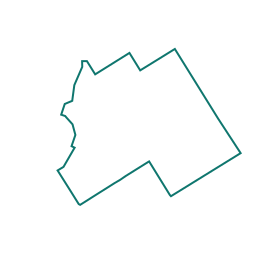 outline of Carver, Minnesota, United States of America, rotated 148°
{"feature_id": "52423323B20020016400421", "entity_name": "Carver", "entity_type": "district", "adm_level": 2, "iso_a3": "USA", "parent_name": "United States of America", "parent_adm1": "Minnesota", "projection": "mercator", "projection_center": [-93.703, 44.807], "detail": "fine", "context": "isolated", "style": "outline", "palette": "teal", "viewbox_px": 256, "rotation_deg": 148, "n_neighbors": 0, "source": "geoboundaries", "source_scale": "gbopen_adm2", "svg_char_len": 545}
<svg xmlns="http://www.w3.org/2000/svg" viewBox="0 0 256 256"><g transform="rotate(148 128 128)"><path d="M46.4,170.2L87.1,170.4L87.0,190.9L127.4,190.9L127.4,206.5L131.5,209.0L134.4,204.1L150.8,192.8L160.9,180.6L168.9,181.9L177.6,174.7L174.9,171.4L174.7,169.7L173.1,160.5L176.3,150.0L185.5,142.5L183.7,139.6L203.3,129.2L210.2,129.3L210.1,103.7L210.1,100.2L210.1,89.6L209.3,88.2L190.1,88.3L168.5,88.4L162.2,88.2L155.6,88.5L127.8,88.5L128.0,49.0L127.7,47.4L45.8,47.0L46.6,88.0L46.4,170.2Z" fill="none" stroke="#0f766e" stroke-width="2"/></g></svg>